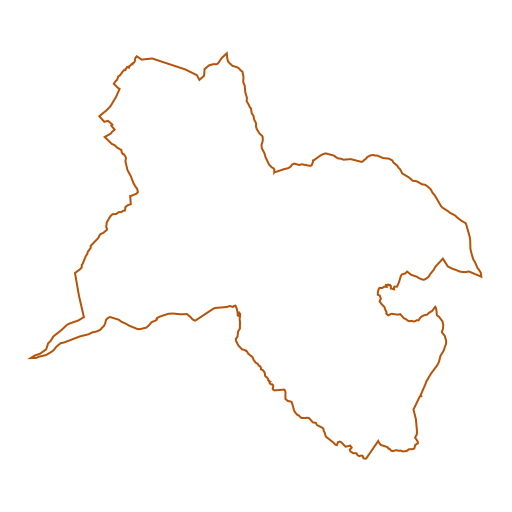 Panaci, Suceava, Romania (orthographic projection)
{"feature_id": "2599482B10170445838699", "entity_name": "Panaci", "entity_type": "district", "adm_level": 2, "iso_a3": "ROU", "parent_name": "Romania", "parent_adm1": "Suceava", "projection": "orthographic", "projection_center": [25.439, 47.202], "detail": "fine", "context": "isolated", "style": "outline", "palette": "amber", "viewbox_px": 512, "rotation_deg": 0, "n_neighbors": 0, "source": "geoboundaries", "source_scale": "gbopen_adm2", "svg_char_len": 6037}
<svg xmlns="http://www.w3.org/2000/svg" viewBox="0 0 512 512"><path d="M366.2,458.5L378.2,441.0L378.7,442.1L380.7,444.9L387.6,447.2L388.5,448.7L389.5,448.8L390.8,450.3L391.9,451.0L393.1,451.1L396.0,450.2L399.2,450.8L400.7,450.6L402.9,451.4L403.7,451.4L406.7,451.0L408.9,449.3L412.8,449.1L414.3,448.5L415.3,444.9L417.9,443.3L417.7,441.5L415.1,437.6L416.9,434.1L416.9,430.3L415.9,419.2L413.5,409.6L419.7,396.6L421.3,396.1L420.7,394.9L425.3,384.5L426.6,380.8L427.7,379.5L428.2,378.2L431.3,373.2L437.4,365.0L438.4,363.0L439.1,361.4L440.4,356.0L443.9,350.2L444.9,346.7L445.8,344.6L446.1,342.9L446.2,340.9L445.6,338.6L445.2,338.0L445.0,336.5L444.2,335.1L442.1,332.6L441.9,331.9L442.9,328.9L443.3,325.5L442.5,321.4L439.1,316.9L437.1,315.4L436.7,314.3L436.7,312.3L436.0,308.1L435.2,306.8L432.5,310.6L428.5,313.2L427.0,314.7L424.1,315.2L421.4,316.7L420.2,317.8L418.6,320.3L416.8,320.2L415.3,321.1L413.7,321.5L411.3,320.8L409.8,321.2L408.2,320.9L405.7,319.0L404.0,318.4L400.2,314.1L398.1,314.7L391.7,313.8L390.6,314.1L388.3,315.4L386.3,313.7L386.5,312.7L386.4,311.9L384.9,308.9L384.5,307.1L381.6,304.1L379.6,301.4L380.4,299.3L380.9,298.8L379.7,295.5L377.9,294.9L377.8,294.5L377.9,291.7L378.8,288.8L379.5,287.9L382.2,288.0L384.4,286.6L386.6,286.9L386.1,285.0L387.9,285.3L388.1,284.6L390.0,285.0L390.1,285.6L390.8,285.9L390.9,288.5L394.1,289.3L393.9,288.0L394.3,286.7L397.1,286.6L399.1,281.8L400.9,275.8L402.1,274.3L405.2,273.5L407.1,271.6L411.3,274.9L416.8,276.7L418.8,278.1L421.3,279.1L422.9,279.7L424.4,279.6L427.9,277.5L428.9,276.4L430.2,274.1L433.9,269.6L434.7,267.8L436.3,265.7L442.9,258.6L447.8,266.5L454.1,269.5L454.7,269.4L459.5,271.5L462.6,272.0L466.4,272.1L467.7,271.6L469.2,271.6L481.3,276.7L480.7,272.6L478.8,269.5L477.7,268.4L475.2,262.6L473.2,259.2L471.5,253.5L470.4,248.8L470.2,240.0L469.7,236.8L466.0,223.8L465.5,223.1L461.2,220.6L457.4,217.7L455.0,215.4L449.8,212.7L448.1,211.2L443.0,208.0L441.2,206.4L434.9,195.6L432.5,192.7L430.6,189.2L428.0,186.8L425.2,184.8L422.1,184.3L416.3,181.1L412.8,180.8L408.9,177.4L402.3,173.5L400.1,169.2L398.8,168.1L397.2,165.6L393.3,162.4L392.3,160.4L389.0,158.7L382.9,158.0L377.5,155.6L374.7,155.5L373.4,155.0L370.4,155.4L367.2,157.1L366.5,158.2L362.4,161.6L361.6,161.9L350.6,159.1L343.6,159.7L341.1,158.8L338.2,158.4L335.7,157.1L334.3,155.7L325.7,153.4L323.2,154.1L320.3,155.6L313.9,160.2L313.0,160.4L313.1,161.5L311.7,165.2L310.5,165.9L301.6,164.3L299.2,165.0L294.3,163.6L291.9,164.7L290.8,166.5L288.1,168.2L283.8,169.2L275.9,171.9L274.5,172.0L274.3,172.3L274.3,169.2L273.3,168.1L271.8,167.4L269.1,164.7L265.4,156.8L264.4,153.1L261.8,148.2L261.5,145.0L262.7,141.0L262.8,138.3L262.5,136.3L259.3,133.3L256.6,128.7L256.0,126.3L256.1,123.7L255.8,122.7L254.3,119.9L253.5,116.0L251.7,113.2L251.0,108.4L249.8,107.2L248.8,104.8L246.7,101.2L246.9,97.6L245.3,92.4L244.7,85.6L243.2,82.1L243.5,77.1L242.5,71.8L240.7,70.4L239.2,68.6L237.3,67.3L232.5,65.9L229.2,62.8L228.0,61.3L227.1,57.4L226.8,53.3L221.7,58.0L218.5,62.8L216.9,64.2L213.2,64.2L209.3,65.2L204.6,69.0L204.1,75.7L199.4,79.9L196.9,75.2L185.2,69.4L152.2,58.5L141.7,59.6L136.7,56.3L135.5,57.8L135.0,59.5L134.8,61.3L134.1,62.6L133.1,62.9L132.0,63.9L132.2,64.3L131.4,64.3L130.3,65.7L129.3,66.0L128.9,67.7L127.1,66.9L126.1,68.7L125.5,69.0L125.3,70.2L123.8,70.2L119.7,75.6L118.2,76.5L117.2,79.7L115.5,81.3L113.8,83.8L118.2,88.1L119.6,88.9L116.1,96.8L110.8,105.7L109.7,107.1L106.1,110.7L99.3,116.2L104.3,121.8L108.1,120.9L112.4,124.7L111.3,125.7L114.7,129.6L112.0,131.9L110.9,133.5L104.7,137.0L111.9,144.0L114.5,145.1L117.1,147.6L121.4,150.1L121.6,152.0L122.9,154.2L123.8,154.1L125.4,156.4L126.0,158.3L125.4,161.3L127.5,170.1L130.8,176.2L133.5,183.2L136.1,187.6L137.0,188.4L137.9,192.1L136.5,193.7L131.1,195.9L130.2,196.0L130.8,204.1L127.4,205.4L125.4,207.0L125.1,210.0L124.7,210.7L123.6,210.6L121.2,212.1L118.7,212.1L116.3,214.0L112.6,214.2L110.5,216.1L106.8,222.3L106.2,227.0L107.1,229.1L106.9,229.8L103.4,232.8L100.2,234.3L99.6,235.1L98.4,237.9L90.6,245.9L90.8,247.8L87.6,252.1L87.4,253.9L86.0,255.7L82.7,263.8L81.7,265.1L81.7,267.5L80.1,269.2L75.0,273.0L79.0,296.0L83.9,317.1L78.3,320.5L70.1,323.3L67.0,324.8L61.3,330.2L53.4,336.4L50.7,340.8L48.1,343.4L46.2,349.3L39.9,353.8L34.8,355.5L30.7,358.1L36.2,357.9L39.0,356.7L46.2,355.0L52.1,351.4L53.7,350.1L56.3,346.8L60.5,343.3L64.6,342.3L79.9,336.4L88.5,334.3L92.6,332.2L94.7,332.0L98.2,330.9L100.6,329.5L101.9,327.8L104.0,325.9L105.1,323.5L106.1,319.8L107.4,318.4L109.9,317.0L118.7,319.7L121.5,321.8L126.8,324.2L129.0,325.6L137.4,329.0L139.5,329.2L146.1,327.7L148.9,325.4L151.4,322.3L156.2,320.2L156.9,319.5L156.6,318.6L156.9,318.1L160.3,316.4L168.4,313.8L172.8,313.5L180.6,314.3L187.0,314.1L190.3,316.8L192.5,319.3L193.9,320.2L195.3,320.6L213.2,308.8L215.0,308.0L226.6,307.0L230.0,306.0L232.7,307.0L233.4,306.7L233.8,306.0L235.4,305.6L236.8,308.7L237.7,313.1L237.7,315.4L238.4,315.8L239.1,315.4L238.8,313.3L239.2,312.7L240.1,314.0L240.2,314.7L239.6,319.3L240.0,322.0L239.9,328.6L238.1,331.5L237.5,336.7L235.9,338.7L236.0,340.7L238.3,345.4L240.9,348.2L242.4,349.6L244.1,349.8L245.8,350.8L246.0,350.6L247.2,351.8L248.2,353.7L252.5,357.1L253.4,359.5L255.5,362.5L257.6,363.7L258.7,365.6L260.2,366.3L261.0,368.0L260.9,369.3L262.8,370.1L264.3,371.9L265.0,374.0L265.0,375.5L265.6,376.5L267.0,377.4L268.1,378.9L268.2,380.2L268.7,380.8L269.3,380.8L269.5,381.9L270.1,382.0L269.6,382.8L269.7,383.2L270.3,383.9L271.7,384.5L272.1,384.3L273.0,385.1L273.3,386.2L272.7,388.5L273.0,389.5L274.3,390.4L284.3,389.6L285.1,390.9L285.5,392.6L285.4,398.8L287.6,400.9L290.9,401.6L291.8,402.3L294.1,410.6L294.8,411.9L297.3,414.9L298.8,415.4L300.6,417.4L301.6,417.9L304.6,418.1L307.0,417.7L309.0,418.1L312.9,422.4L315.9,422.9L317.0,425.1L322.3,427.7L323.6,429.3L323.6,430.7L324.7,432.7L325.8,436.6L333.3,442.5L335.4,444.7L336.8,445.1L338.1,442.1L339.8,441.6L340.9,442.0L345.6,446.7L350.2,445.6L351.7,447.7L349.8,449.6L350.1,450.8L351.1,451.9L353.1,453.2L356.3,453.2L357.6,455.2L359.2,456.1L361.3,455.6L362.6,455.8L362.9,456.4L363.1,457.7L363.7,458.3L364.9,458.7L366.2,458.5Z" fill="none" stroke="#b45309" stroke-width="2"/></svg>